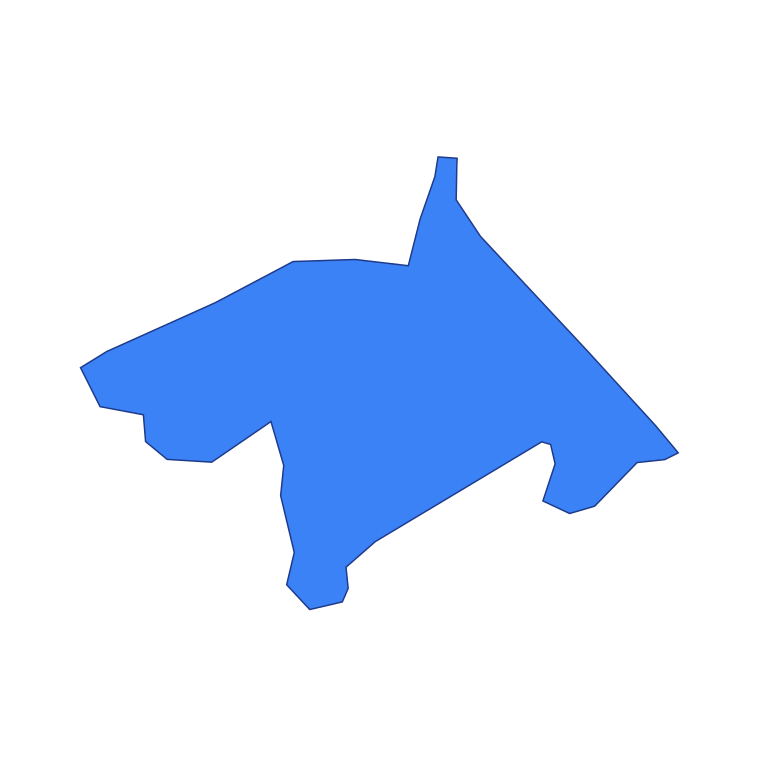 outline of Midlothian, rotated 10°
{"feature_id": "GBR-2024", "entity_name": "Midlothian", "entity_type": "Unitary District", "adm_level": 1, "iso_a3": "GBR", "parent_name": "United Kingdom", "parent_adm1": "", "projection": "mercator", "projection_center": [-3.084, 55.83], "detail": "fine", "context": "isolated", "style": "filled", "palette": "blue", "viewbox_px": 768, "rotation_deg": 10, "n_neighbors": 0, "source": "natural_earth", "source_scale": "10m", "svg_char_len": 661}
<svg xmlns="http://www.w3.org/2000/svg" viewBox="0 0 768 768"><g transform="rotate(10 384 384)"><path d="M397.8,151.0L416.8,149.0L416.9,149.5L417.7,155.8L423.1,190.1L453.4,221.9L580.1,317.3L658.6,377.8L685.7,400.7L673.6,409.7L646.9,417.4L612.7,467.7L589.3,479.3L560.8,471.6L566.4,432.9L558.6,414.6L549.3,413.6L402.8,540.7L378.4,571.0L384.2,591.5L380.8,605.8L350.0,619.0L323.0,598.6L324.9,565.5L301.6,511.9L299.4,481.6L279.2,440.6L227.9,490.9L183.5,495.9L159.2,482.1L152.4,456.1L108.3,455.6L82.3,420.6L105.5,400.0L203.6,333.3L273.2,279.2L333.9,266.4L387.4,263.3L390.9,215.5L398.1,171.0L397.8,151.0Z" fill="#3b82f6" stroke="#1e3a8a" stroke-width="1.5"/></g></svg>